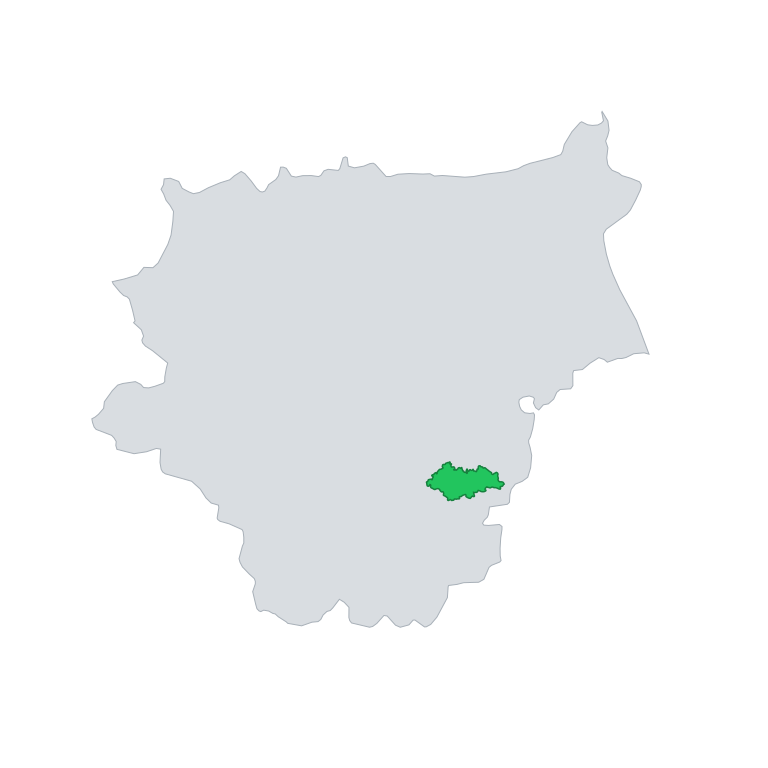 location of Myadzyel, Minsk, Belarus, rotated 168°
{"feature_id": "67162791B89573771278316", "entity_name": "Myadzyel", "entity_type": "district", "adm_level": 2, "iso_a3": "BLR", "parent_name": "Belarus", "parent_adm1": "Minsk", "projection": "albers", "projection_center": [26.974, 54.814], "detail": "fine", "context": "in_parent", "style": "filled", "palette": "green", "viewbox_px": 768, "rotation_deg": 168, "n_neighbors": 0, "source": "geoboundaries", "source_scale": "gbopen_adm2", "svg_char_len": 9612}
<svg xmlns="http://www.w3.org/2000/svg" viewBox="0 0 768 768"><g transform="rotate(168 384 384)"><path d="M628.5,540.6L616.5,540.7L602.3,541.9L594.6,548.0L585.8,545.8L579.8,549.3L566.4,565.5L561.3,574.0L556.7,587.0L554.0,596.6L556.1,603.1L559.0,609.1L560.0,615.7L561.6,620.8L558.2,624.8L556.4,630.3L550.3,629.7L542.7,624.8L540.7,617.3L534.8,612.4L530.9,609.8L524.7,609.7L515.0,612.5L502.2,614.9L492.4,615.8L487.2,618.7L479.5,621.6L476.3,618.6L471.7,610.2L467.9,601.8L465.3,598.1L463.1,597.1L460.5,597.4L457.6,600.2L455.4,603.0L447.3,606.5L443.9,609.6L440.1,617.6L437.5,617.1L434.7,615.3L431.4,606.6L427.1,604.7L420.3,604.7L411.8,603.0L404.9,600.5L402.4,601.2L398.4,605.0L394.0,605.6L384.3,602.4L382.4,603.9L377.0,613.7L374.4,614.2L372.9,613.0L373.6,604.6L368.0,601.6L358.5,601.3L351.9,602.5L348.6,602.2L346.9,600.6L338.8,586.5L334.5,585.6L326.8,586.3L315.5,584.6L302.4,581.3L295.3,580.1L291.5,576.9L283.5,575.8L262.0,569.5L253.3,568.3L240.3,568.0L220.6,566.2L208.0,566.7L202.1,568.5L195.3,569.5L171.8,570.4L163.4,571.6L160.8,574.5L157.8,580.9L147.7,591.7L138.0,598.8L136.2,599.4L130.9,595.2L126.4,593.6L121.0,592.9L117.1,594.0L114.6,595.8L114.5,604.5L114.0,605.2L110.3,594.7L111.1,585.4L113.6,580.2L116.7,575.6L115.9,568.4L119.1,559.0L119.5,552.1L118.4,549.1L116.4,545.6L110.5,541.5L108.0,538.4L100.0,534.0L92.1,528.7L90.9,525.6L91.4,523.5L93.0,520.4L99.6,511.6L106.8,503.0L111.2,499.6L134.4,489.2L138.1,485.3L139.2,478.5L139.5,464.8L138.6,452.3L137.3,443.6L133.8,427.2L123.8,393.2L118.6,358.1L123.0,360.4L133.4,361.7L141.8,359.6L146.2,359.5L150.0,360.4L161.0,358.9L163.6,362.2L168.4,365.1L178.2,361.5L186.9,356.9L195.7,357.7L197.1,355.3L199.6,343.1L202.4,340.5L212.9,342.0L216.8,339.9L221.1,334.0L227.4,330.4L232.5,330.5L238.0,326.4L240.6,329.3L241.8,334.4L239.9,338.4L240.7,340.0L244.4,342.1L250.8,342.2L254.9,340.6L255.9,338.2L256.0,334.0L255.1,330.1L252.4,326.6L247.3,324.8L243.8,324.7L243.2,322.5L244.5,317.9L247.8,309.5L251.8,301.8L254.2,299.0L254.7,296.3L254.3,291.6L254.4,283.3L258.0,271.6L262.8,262.9L269.0,260.1L276.5,258.7L281.4,254.6L283.8,249.8L285.9,242.2L288.3,240.7L306.4,241.8L309.2,234.3L310.7,232.2L314.2,230.0L316.6,227.3L315.7,225.2L311.1,223.9L300.3,222.6L298.2,220.1L298.9,217.1L301.8,209.3L304.6,199.3L306.1,191.6L306.2,187.0L307.8,185.8L316.5,184.3L319.4,182.8L326.9,172.2L332.6,170.4L347.4,173.1L354.1,172.8L362.7,173.5L363.4,172.4L366.4,161.9L380.7,145.0L388.3,139.1L393.2,137.7L394.9,138.0L402.8,146.7L404.6,147.0L409.7,143.2L418.7,142.7L422.9,145.7L429.1,156.4L432.2,157.6L440.8,151.3L445.5,149.2L448.7,149.1L465.4,157.0L466.7,159.7L466.9,162.9L464.7,172.8L468.3,178.8L472.4,182.7L480.7,175.6L483.7,173.6L487.1,173.4L491.6,170.7L494.8,166.8L497.9,165.3L504.0,166.0L514.9,164.6L527.9,169.9L529.1,171.7L535.8,178.3L538.2,181.7L540.4,182.7L544.0,185.9L548.7,187.8L551.8,187.0L553.4,188.0L555.0,190.6L555.3,195.2L555.6,208.2L551.4,215.3L550.9,217.7L551.3,220.6L555.2,226.0L560.5,234.5L561.9,239.5L562.1,243.3L556.2,254.9L554.2,257.6L553.0,263.2L552.5,268.8L553.1,271.1L564.5,279.4L572.9,283.8L574.8,286.0L575.1,287.5L571.3,297.3L571.1,299.9L577.8,303.5L581.8,309.5L585.6,319.5L592.4,328.9L616.6,341.6L618.8,344.0L619.7,347.0L619.4,353.8L616.0,366.7L620.1,368.3L630.4,367.1L643.0,367.8L658.8,375.6L659.1,379.6L657.9,383.4L659.2,387.2L661.1,390.4L675.0,399.4L676.5,402.2L677.1,407.1L677.0,410.7L673.5,411.7L669.6,413.7L663.3,418.5L661.2,424.8L651.1,434.0L644.7,438.3L639.4,438.8L626.7,438.0L622.0,434.2L619.9,430.5L615.0,429.1L608.6,429.4L599.7,430.6L598.0,431.9L596.9,436.6L593.6,444.8L591.2,449.5L603.4,464.6L609.5,470.7L611.6,474.5L611.7,477.3L609.2,480.8L610.1,487.5L616.2,496.0L614.4,497.5L614.6,508.4L615.4,519.9L617.1,522.6L620.3,524.7L623.1,528.8L628.0,538.1L628.5,540.6Z" fill="#d9dde1" stroke="#a8b0b8" stroke-width="1"/><path d="M297.3,275.0L298.3,275.9L299.5,277.2L300.3,278.2L301.2,279.2L301.8,280.0L302.3,280.8L303.2,281.2L303.9,281.0L304.6,281.4L304.7,282.1L305.0,282.4L305.7,282.7L306.0,282.8L306.5,283.0L306.6,283.3L306.8,283.7L307.0,284.0L307.3,284.1L307.8,284.1L308.2,284.1L308.5,284.1L308.8,283.8L308.9,283.6L309.0,283.1L309.2,282.7L309.3,282.0L309.4,281.6L309.5,281.3L310.1,281.3L310.4,281.4L310.7,281.2L310.8,281.0L310.9,280.7L311.0,280.4L311.3,279.8L311.5,279.5L311.8,279.2L312.1,279.1L312.4,279.3L312.6,279.6L313.2,280.0L313.4,280.0L313.8,280.1L314.1,280.1L314.3,280.4L314.4,280.9L314.4,281.1L314.4,281.4L314.5,281.6L314.5,281.8L314.6,282.0L314.8,282.0L315.0,281.9L315.1,281.6L315.4,281.4L315.6,281.3L316.1,281.2L316.3,281.3L316.5,281.4L316.8,281.5L317.0,281.8L317.3,282.2L317.6,282.3L317.8,282.3L318.0,282.2L318.3,282.0L318.4,281.8L318.6,281.6L318.8,281.3L319.0,281.2L319.4,281.1L319.8,281.1L320.0,281.5L320.1,282.1L320.2,282.5L320.2,282.8L320.2,283.2L320.3,283.4L320.6,283.5L320.9,283.2L321.1,282.9L321.4,282.3L321.5,282.2L321.7,281.8L321.7,281.6L321.7,281.1L321.6,280.9L321.3,280.5L321.0,280.2L320.9,279.9L321.0,279.6L321.5,279.4L321.6,279.5L321.8,279.7L322.0,280.0L322.3,280.5L322.5,280.6L322.8,280.7L323.1,280.8L323.4,280.8L323.8,280.9L323.9,281.0L324.0,281.3L324.1,281.7L324.2,282.1L324.3,282.3L324.7,282.5L325.0,282.7L325.0,282.9L325.1,283.2L325.1,283.9L325.2,284.3L325.3,284.6L325.4,285.0L325.3,285.3L325.3,285.7L325.3,285.9L325.4,286.1L325.6,286.1L325.8,286.0L325.9,285.8L326.2,285.7L326.4,285.6L326.6,285.7L326.9,285.8L327.0,286.0L327.2,286.3L327.5,286.5L327.8,286.5L328.5,286.5L328.9,286.3L329.0,286.0L329.2,285.8L329.6,285.6L329.9,285.4L330.3,285.3L330.5,285.2L330.8,284.8L331.0,284.7L331.3,284.7L331.5,284.8L331.6,285.0L332.0,285.3L332.4,285.2L332.8,285.2L333.2,285.2L333.5,285.4L333.5,285.6L333.5,285.8L333.1,286.0L332.7,286.2L332.5,286.4L332.3,286.6L332.3,287.0L332.4,287.5L332.6,288.0L332.9,288.4L333.3,288.5L333.6,288.5L334.2,288.6L334.4,288.6L335.0,288.6L335.4,289.0L335.5,289.4L335.5,289.9L335.5,290.3L335.3,290.6L335.1,290.9L334.9,291.2L334.7,291.5L334.7,291.8L335.0,291.9L335.3,291.8L335.8,291.8L335.9,292.0L336.1,292.2L335.9,292.4L335.8,292.7L335.7,293.1L335.6,293.3L335.6,293.6L335.7,293.9L335.8,294.0L336.3,294.1L336.5,293.9L336.8,293.7L337.0,293.6L337.6,293.8L337.9,293.9L338.2,293.9L338.8,293.7L339.2,293.7L339.8,293.7L340.3,293.4L340.5,293.1L340.7,292.8L341.0,292.7L341.3,292.7L341.6,292.7L341.9,292.8L342.3,292.9L342.9,292.9L343.2,292.8L343.5,292.6L343.7,292.3L343.7,292.0L343.9,291.6L344.1,291.3L344.2,291.0L344.1,290.7L343.9,290.5L343.8,290.2L343.7,289.8L343.8,289.6L344.0,289.4L344.5,289.2L344.9,289.1L345.3,289.0L345.6,288.9L346.0,288.8L346.6,288.9L347.2,288.9L347.6,288.9L348.0,288.6L348.6,288.1L349.0,287.8L349.5,287.5L349.9,287.1L350.2,286.8L350.4,286.6L350.5,286.3L350.5,285.8L350.7,285.4L350.9,285.3L351.2,285.3L351.4,285.6L351.4,285.8L351.5,286.2L351.6,286.4L351.8,286.5L352.1,286.4L352.6,286.3L353.1,286.1L353.4,285.9L353.7,285.7L354.0,285.3L354.3,285.0L354.6,285.0L355.2,285.0L355.4,285.1L355.8,285.0L356.0,284.9L356.2,284.7L356.3,284.5L356.3,284.3L356.2,284.0L356.0,283.8L355.6,283.5L355.4,283.3L355.3,283.2L355.2,282.9L355.2,282.7L355.4,282.5L355.9,282.0L356.2,281.7L356.3,281.4L356.4,281.0L356.5,280.8L356.7,280.5L357.0,280.4L357.2,280.6L357.3,280.8L357.4,281.0L357.8,281.1L358.3,281.2L358.8,281.2L359.3,281.2L360.0,281.2L360.4,281.1L360.8,280.8L360.9,280.4L361.2,280.0L361.4,279.8L362.1,279.5L362.7,279.3L362.9,279.1L362.8,278.8L362.8,278.4L362.9,277.7L362.9,276.9L363.0,276.4L362.9,275.7L362.8,275.3L362.3,274.9L361.7,274.8L361.0,275.0L360.5,275.3L360.2,275.9L360.0,276.1L359.5,275.8L359.3,275.2L359.5,275.0L359.8,274.4L359.7,273.0L359.2,272.4L358.2,271.8L357.6,271.1L356.8,270.5L356.2,270.2L355.6,270.3L354.8,270.5L353.9,270.6L353.3,270.5L352.7,270.4L351.8,269.6L351.5,269.0L351.3,268.1L351.0,267.6L350.6,266.9L349.9,266.4L349.3,266.5L348.6,266.2L348.4,265.2L348.4,264.5L348.6,264.0L349.0,263.1L348.9,262.8L348.5,262.3L347.9,261.9L347.1,261.3L346.6,260.6L345.9,259.9L345.5,259.3L345.5,258.7L345.7,258.2L345.9,257.6L345.8,257.1L345.4,256.7L344.6,256.8L344.1,256.9L343.6,257.1L343.2,257.2L342.6,256.7L342.3,256.3L341.8,255.9L341.4,256.0L340.7,256.0L340.4,255.9L340.1,255.9L339.6,256.2L339.3,256.7L338.9,256.8L338.4,256.8L337.8,256.5L337.2,256.3L336.7,256.3L335.4,256.3L334.9,256.1L334.4,256.0L334.0,256.2L333.8,256.6L333.9,257.4L333.8,257.9L333.2,258.1L332.5,257.9L331.8,257.9L331.4,258.1L331.1,258.3L330.0,258.8L329.5,258.8L328.5,258.9L327.7,259.0L327.4,259.0L327.1,258.8L327.0,258.3L327.0,257.8L327.2,256.9L326.7,256.3L325.9,255.6L325.4,255.2L325.0,254.9L324.4,254.5L323.3,254.2L322.7,254.7L321.9,255.4L321.3,255.8L320.6,255.9L320.5,255.6L319.6,255.2L319.2,255.2L318.9,255.4L318.8,255.7L318.8,256.4L319.0,257.1L318.9,258.1L319.0,258.8L318.9,259.4L318.2,259.0L317.5,259.0L317.1,258.9L316.5,259.0L315.9,258.7L315.0,259.1L314.6,259.6L314.4,259.9L314.0,260.3L313.5,260.1L312.8,259.7L312.0,259.2L311.7,258.8L310.9,258.4L310.2,258.2L309.5,258.0L308.3,257.9L307.5,258.1L306.9,258.2L306.5,258.5L306.4,258.9L306.7,259.3L307.1,259.7L307.1,260.1L306.8,260.6L306.3,261.2L305.6,261.5L305.1,261.9L304.7,262.0L304.3,261.5L303.5,261.1L302.8,260.9L302.1,260.4L301.5,260.3L300.8,260.5L300.1,260.7L299.6,260.7L299.0,260.5L298.5,260.1L297.9,259.7L297.4,259.6L296.9,259.6L296.2,259.3L295.4,258.9L294.9,258.6L294.3,258.1L293.7,257.6L293.1,257.3L292.4,257.0L292.0,257.1L291.8,257.5L291.6,257.9L291.8,258.5L291.9,259.0L291.4,259.4L289.6,259.4L289.0,259.7L288.2,260.6L287.9,261.0L287.3,261.1L287.4,261.8L287.9,263.0L288.9,263.7L290.1,264.1L290.9,264.1L292.0,265.1L292.3,266.0L292.4,267.0L291.9,267.5L291.8,269.2L292.0,270.0L291.6,271.5L291.2,272.1L291.4,273.1L291.9,273.8L292.5,274.2L293.0,274.1L293.7,273.7L294.7,273.7L295.3,273.3L296.0,272.9L296.7,273.0L297.4,273.8L297.3,275.0Z" fill="#22c55e" stroke="#15803d" stroke-width="1.5"/></g></svg>